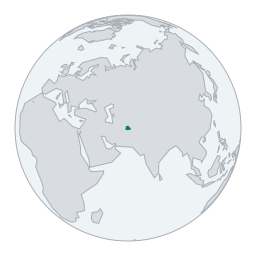 Badghis highlighted on a globe, orthographic projection
{"feature_id": "AFG-1741", "entity_name": "Badghis", "entity_type": "Province", "adm_level": 1, "iso_a3": "AFG", "parent_name": "Afghanistan", "parent_adm1": "", "projection": "orthographic", "projection_center": [63.837, 35.271], "detail": "fine", "context": "on_globe", "style": "filled", "palette": "teal", "viewbox_px": 256, "rotation_deg": 0, "n_neighbors": 0, "source": "natural_earth", "source_scale": "10m", "svg_char_len": 11009}
<svg xmlns="http://www.w3.org/2000/svg" viewBox="0 0 256 256"><circle cx="128" cy="128" r="113" fill="#eef3f6" stroke="#a8b0b8"/><path d="M143.8,16.5L146.3,17.2L156.2,20.5L161.6,21.9L158.6,21.6L170.4,24.8L177.2,28.2L168.1,24.3L166.1,23.9L170.0,25.9L168.8,25.9L170.0,27.0L168.2,27.0L163.0,25.0L161.7,25.1L164.6,26.6L164.5,27.7L160.5,25.5L160.1,27.3L151.3,25.0L142.1,20.2L135.8,20.1L122.5,18.3L122.3,18.9L117.1,19.0L115.0,19.9L113.1,19.6L113.0,20.6L115.1,20.7L115.7,21.2L114.6,21.8L112.1,21.4L112.3,21.1L110.9,21.3L110.1,20.9L109.9,21.5L107.0,21.1L108.3,22.4L104.5,22.9L103.0,22.5L105.3,21.3L107.5,18.3L106.7,18.0L103.2,18.5L92.1,21.7L90.3,22.1L86.3,23.5L89.4,22.7L88.4,23.7L92.4,22.7L92.5,23.0L95.7,22.8L92.9,24.2L88.4,25.9L85.6,26.3L83.6,27.1L84.3,28.1L77.3,30.5L69.4,35.1L67.9,35.7L68.2,34.1L73.0,30.4L73.4,29.5L70.8,31.7L66.9,33.7L65.2,34.8L64.1,35.8L64.6,35.7L62.8,36.9L64.7,34.8L66.4,33.7L65.8,34.3L68.0,32.7L68.7,32.2L76.3,27.9L84.2,24.2L92.3,21.2L100.6,18.7L109.2,16.9L117.8,15.8L126.5,15.4L135.1,15.6L143.8,16.5ZM147.3,17.0L147.5,17.1L145.7,16.8L145.8,16.8L147.3,17.0ZM165.7,23.1L163.5,22.2L166.1,23.1L165.7,23.1ZM170.5,27.2L171.5,27.5L171.7,28.0L170.5,27.2ZM97.1,22.0L96.4,22.4L96.2,22.2L97.1,22.0ZM99.1,21.7L99.3,21.2L100.3,21.0L100.1,21.3L99.1,21.7ZM169.1,28.4L169.0,29.3L168.2,28.1L169.1,28.4ZM98.6,22.3L102.0,20.7L103.7,20.3L104.7,21.1L98.6,22.3ZM168.4,29.5L168.5,31.8L170.8,32.5L164.3,31.9L166.4,30.0L165.0,28.3L167.0,29.4L168.4,29.5ZM116.2,20.5L113.9,20.4L116.8,20.0L116.2,20.5ZM117.9,20.1L126.0,18.6L128.8,19.3L125.5,19.6L130.0,20.2L127.5,21.2L124.4,21.1L123.1,20.4L123.1,21.4L117.9,20.1ZM160.7,31.3L159.9,31.6L159.8,30.9L160.7,31.3ZM116.2,21.4L117.6,21.0L120.1,21.5L117.9,22.5L117.8,22.0L116.2,21.4ZM132.4,20.0L133.9,20.7L132.3,21.6L132.6,22.1L127.6,21.3L132.4,20.0ZM116.6,22.2L116.6,23.0L114.4,23.4L115.0,21.9L116.6,22.2ZM121.8,21.2L122.9,21.6L121.5,21.7L121.8,21.2ZM106.7,25.4L108.2,24.7L109.7,24.8L106.7,25.4ZM116.8,23.3L117.5,23.2L118.3,23.2L117.9,23.9L116.8,23.3ZM126.8,22.2L125.8,22.5L128.8,22.5L127.7,23.4L124.5,22.8L125.4,23.4L125.1,23.7L122.9,22.9L126.8,22.2ZM119.7,24.7L115.3,24.5L112.0,25.7L110.6,25.6L116.1,23.7L119.7,24.7ZM121.7,23.7L120.1,24.3L119.2,23.7L119.7,23.0L121.7,23.7ZM128.0,24.2L130.6,23.0L131.1,23.2L128.0,24.2ZM118.9,25.1L120.0,25.2L118.8,25.3L118.9,25.1ZM125.4,24.6L126.2,24.1L126.9,24.3L125.4,24.6ZM121.5,25.8L120.0,25.7L120.3,25.1L121.5,25.8ZM123.4,25.3L124.1,25.8L121.3,25.0L123.7,25.1L123.4,25.3ZM125.9,24.9L126.6,24.9L125.5,25.1L125.9,24.9ZM121.1,28.1L117.5,27.2L118.1,26.0L121.6,26.9L121.1,28.1ZM19.7,133.1L20.3,114.0L22.6,110.2L24.8,103.4L42.2,92.5L43.9,96.7L55.3,102.4L56.3,104.3L52.7,109.0L59.5,121.5L64.3,118.5L72.7,126.6L79.6,128.9L86.0,119.3L74.6,115.2L74.9,109.3L85.8,108.2L96.0,112.1L96.4,109.9L91.8,103.4L96.0,100.6L90.4,100.9L91.3,103.6L87.8,104.0L86.8,101.6L88.3,100.6L85.7,98.7L79.1,104.4L79.2,107.8L71.4,105.9L70.9,111.4L68.1,112.7L67.8,104.0L69.3,101.5L67.2,90.9L64.9,93.3L66.8,103.6L65.3,102.1L62.3,105.9L63.5,101.9L62.1,90.4L56.2,88.4L45.5,94.3L42.7,92.7L41.9,88.3L49.2,79.0L54.5,83.7L57.1,80.9L58.8,74.7L60.3,76.8L61.7,75.0L63.9,76.7L69.9,74.5L72.7,75.8L77.7,70.9L79.8,71.0L76.2,73.8L75.2,76.6L82.3,80.3L84.5,79.8L87.2,76.4L88.8,78.1L90.5,74.4L95.9,75.0L90.8,71.2L93.8,67.6L98.5,66.0L98.6,64.3L90.9,66.9L88.7,68.7L88.2,71.2L81.3,76.0L78.3,75.7L82.0,68.4L78.1,67.4L82.7,62.6L100.7,57.6L106.8,58.0L111.3,66.1L108.3,67.9L105.2,65.8L105.6,71.0L106.8,69.0L108.1,70.5L111.3,67.8L112.5,68.8L113.7,64.7L115.4,65.6L114.6,68.1L120.9,65.3L125.2,66.6L126.1,65.5L125.8,64.0L131.4,66.9L131.8,66.0L130.1,64.7L129.8,62.2L131.5,58.9L133.4,60.0L133.0,61.4L135.1,66.1L133.9,69.7L134.8,69.9L136.3,67.0L133.8,61.2L134.2,59.0L135.9,61.5L135.3,60.4L136.1,59.6L138.7,60.1L137.1,57.3L143.6,48.7L149.2,49.0L149.9,51.9L156.4,48.1L162.2,49.4L160.7,48.1L162.7,45.8L160.9,45.3L160.3,44.6L164.8,39.2L167.3,39.1L167.4,35.9L166.6,35.3L164.7,35.2L164.3,31.9L170.8,32.5L172.3,33.8L175.3,33.6L178.3,36.6L182.2,39.2L183.7,43.0L186.7,44.9L187.5,44.7L192.2,47.4L198.8,54.4L189.7,49.8L179.0,40.9L183.1,44.4L181.0,44.0L181.8,45.7L184.7,48.3L185.8,48.3L184.8,55.9L189.6,65.0L192.0,62.6L195.4,63.9L202.9,73.6L205.6,91.3L210.2,94.4L211.7,97.4L210.6,100.7L208.3,96.4L205.4,96.2L204.3,93.4L201.7,97.7L200.0,93.9L198.8,99.3L201.3,101.6L204.3,99.0L204.0,105.7L209.3,109.0L212.0,115.0L209.9,129.3L204.6,135.8L204.7,137.9L201.6,136.9L199.0,142.4L206.1,151.0L206.5,154.2L201.5,162.5L201.1,160.3L192.8,157.7L192.4,165.6L198.7,169.4L201.0,175.5L196.6,175.1L194.2,169.8L191.2,168.6L191.2,162.0L187.2,153.2L182.7,156.5L182.3,152.5L176.1,145.6L169.2,150.0L158.7,162.8L158.6,173.0L154.4,177.8L146.2,164.3L144.0,154.4L140.2,155.6L132.5,147.2L116.6,146.3L115.2,143.4L112.0,144.5L106.8,141.2L104.9,136.5L101.3,136.2L106.5,148.7L110.5,148.9L114.9,144.9L115.5,149.1L120.7,153.1L112.0,162.2L89.8,167.4L89.0,159.5L79.5,134.8L80.6,132.6L80.6,132.3L80.6,131.7L78.2,135.3L77.1,130.4L80.6,147.3L80.6,153.9L89.4,167.8L88.3,168.7L91.5,171.7L103.7,170.9L103.5,173.4L96.9,183.6L81.2,194.4L84.1,203.8L84.4,210.7L76.5,212.6L79.1,217.8L75.3,218.0L76.4,220.5L74.4,221.8L70.4,221.8L61.5,217.4L59.5,215.0L52.7,208.2L42.7,192.6L43.4,187.9L41.9,182.5L35.7,167.0L37.0,161.2L35.7,157.2L32.8,155.6L31.5,150.8L29.9,149.2L21.3,141.3L19.7,133.1ZM33.9,100.8L32.9,102.6L33.9,100.8ZM105.4,121.8L112.6,123.4L111.9,116.1L114.5,116.2L113.3,113.8L111.8,115.6L109.2,109.1L113.1,107.7L113.6,104.6L111.2,103.9L104.3,107.7L108.0,116.8L105.3,119.3L105.4,121.8ZM66.8,33.8L66.5,34.0L65.1,35.1L65.2,34.9L66.8,33.8ZM61.9,39.1L59.1,40.9L61.2,39.3L60.8,39.2L64.9,35.9L67.3,35.9L65.5,36.4L61.9,39.1ZM70.9,31.8L68.1,33.7L71.1,31.7L70.9,31.8ZM67.0,64.4L66.8,66.3L64.6,67.8L61.1,66.9L64.3,64.6L67.0,64.4ZM67.1,68.7L71.8,62.2L74.1,62.8L72.0,63.5L73.1,64.5L70.0,66.0L67.7,73.2L65.6,75.1L60.4,71.9L63.2,71.8L63.2,69.8L67.1,68.7ZM79.5,47.2L81.5,45.1L83.9,48.9L81.8,50.5L78.2,49.5L78.6,47.1L79.5,47.2ZM99.7,24.2L100.3,23.7L101.0,23.7L101.1,24.2L99.7,24.2ZM107.3,25.0L97.7,26.9L97.9,26.3L92.1,28.5L90.4,27.8L94.2,26.3L88.5,27.6L91.3,26.0L87.4,27.2L96.2,24.0L98.5,22.8L96.6,24.3L98.1,25.0L99.4,24.9L104.9,23.9L110.6,22.0L113.0,22.6L113.1,23.5L112.1,24.0L110.9,23.4L110.4,24.6L107.9,24.2L107.3,25.0ZM113.8,37.5L112.8,36.0L111.4,39.5L108.9,38.6L108.9,39.0L106.2,39.2L102.9,40.4L102.0,39.7L101.1,40.5L99.3,40.7L97.7,41.6L95.7,40.8L93.6,41.8L93.8,40.8L90.8,42.9L92.1,41.0L89.9,41.4L89.8,43.0L82.5,38.0L78.5,37.7L74.4,38.7L77.2,35.8L82.8,33.2L89.4,31.5L92.9,32.3L93.5,31.0L95.4,31.0L94.1,32.1L97.2,30.6L98.4,30.9L104.2,30.2L107.9,28.2L110.2,28.0L109.3,29.0L112.1,28.2L112.0,30.0L113.6,30.0L115.1,31.9L112.5,34.0L114.5,33.9L115.7,35.5L113.8,37.5ZM121.4,28.6L118.9,31.1L116.3,31.9L114.8,28.3L113.4,28.1L112.3,26.1L116.2,25.0L116.1,25.6L117.0,26.0L115.4,26.2L117.3,26.4L117.3,27.3L118.7,27.8L117.5,28.4L121.4,28.6ZM58.9,103.2L59.9,104.2L61.9,105.1L60.0,107.6L58.9,103.2ZM57.7,95.4L58.9,95.7L57.2,99.4L56.1,98.5L57.7,95.4ZM61.0,92.9L59.1,95.5L59.5,93.6L61.0,92.9ZM77.5,74.0L78.9,74.3L78.5,75.2L77.0,76.1L77.5,74.0ZM109.3,48.6L109.1,47.4L109.9,47.2L111.8,44.5L113.8,45.1L113.5,47.0L109.3,48.6ZM83.3,120.5L80.4,121.8L79.7,120.4L80.9,120.3L83.3,120.5ZM69.0,114.7L71.6,117.4L68.5,115.4L69.0,114.7ZM111.8,48.9L112.4,47.6L113.0,48.7L111.8,48.9ZM115.4,45.4L116.4,46.5L114.3,44.9L115.4,45.4ZM134.6,239.8L136.2,239.9L134.2,240.1L134.6,239.8ZM102.9,213.2L98.6,223.3L93.4,222.3L91.3,219.0L92.1,212.6L97.7,211.6L100.2,208.7L102.9,213.2ZM219.1,179.9L221.0,178.9L220.8,179.3L219.1,179.9ZM217.3,180.0L219.5,178.5L216.7,181.2L217.3,180.0ZM220.4,177.9L222.7,175.5L223.7,174.0L223.4,175.0L220.4,177.9ZM215.7,181.1L206.1,186.4L202.1,187.3L203.3,185.4L209.8,182.5L215.7,181.1ZM203.0,185.5L196.6,184.0L186.5,174.4L190.2,173.5L200.4,177.7L199.8,179.3L203.7,181.0L203.0,185.5ZM217.6,169.8L216.9,174.1L211.9,176.8L209.4,177.5L207.8,173.2L208.7,170.1L210.8,169.1L217.6,155.5L220.2,156.2L218.4,161.5L220.4,163.7L217.6,169.8ZM159.2,173.8L162.2,179.2L159.8,180.5L159.2,173.8ZM219.6,147.0L217.4,153.0L219.2,145.8L219.6,147.0ZM220.2,140.8L220.8,142.8L219.3,141.5L220.2,140.8ZM205.4,141.0L203.3,142.6L202.9,141.1L205.3,138.1L205.4,141.0ZM214.0,120.2L215.4,124.7L215.5,126.5L213.9,124.4L214.0,120.2ZM130.0,54.1L125.2,57.0L123.0,59.8L123.9,62.5L120.5,60.1L123.9,55.7L130.0,54.1ZM141.7,49.1L140.9,47.1L142.6,47.3L143.0,47.9L141.7,49.1ZM140.3,48.3L136.7,47.0L137.1,45.5L139.8,46.8L140.3,48.3ZM124.1,47.5L122.5,48.3L122.0,47.3L124.1,47.5ZM211.9,203.1L202.8,212.0L200.6,213.4L203.1,210.9L204.9,206.4L205.8,205.9L207.6,201.9L217.0,192.3L224.3,180.4L227.2,177.5L230.8,169.1L233.2,165.9L231.3,171.6L232.3,170.6L236.5,157.6L235.8,160.7L233.1,168.4L229.9,175.9L226.2,183.2L221.9,190.2L217.2,196.8L211.9,203.1ZM223.6,176.7L226.5,171.6L227.7,170.1L223.6,176.7ZM238.3,150.7L238.2,150.4L237.0,155.4L235.0,159.4L235.8,156.6L235.8,154.4L233.0,157.7L232.4,156.7L233.7,153.9L231.4,155.2L233.9,151.3L234.7,153.9L236.0,149.1L237.7,146.6L238.9,144.6L239.4,144.7L239.1,146.5L239.0,147.1L238.3,150.7ZM233.4,159.7L233.8,159.1L233.3,160.7L233.4,159.7ZM239.7,142.7L239.6,143.4L240.1,139.2L239.7,142.7ZM240.3,136.3L240.3,136.0L240.4,135.4L240.3,136.3ZM228.4,162.3L228.2,163.5L227.4,163.4L228.4,162.3ZM229.4,160.7L231.4,159.5L229.1,161.8L229.4,160.7ZM221.8,163.7L222.5,165.6L225.1,162.0L223.1,165.8L224.6,168.6L223.9,170.6L222.5,167.5L221.6,172.5L220.5,173.3L220.1,169.8L221.4,164.1L222.5,161.3L226.9,156.8L221.8,163.7ZM229.5,157.7L228.8,155.3L229.2,152.9L229.9,153.8L229.5,157.7ZM226.6,149.9L224.4,147.9L222.9,150.6L225.6,142.9L227.3,146.1L226.6,149.9ZM224.1,143.4L222.7,145.9L223.9,141.8L224.1,143.4ZM222.1,145.1L221.5,142.7L222.9,142.1L222.1,145.1ZM224.9,142.9L224.5,138.4L225.6,140.4L224.9,142.9ZM219.9,137.6L223.5,139.6L219.5,140.6L217.5,132.5L219.0,131.2L219.9,137.6ZM216.6,97.8L215.2,95.7L216.0,94.1L216.8,95.9L216.6,97.8ZM217.5,87.6L215.8,93.0L214.2,97.7L215.5,98.0L216.7,102.5L213.7,100.0L213.6,93.9L215.1,91.1L213.6,87.5L213.7,83.8L211.0,80.1L210.5,77.7L213.4,80.3L217.5,87.6ZM209.8,78.7L205.2,71.7L207.6,70.6L209.2,71.8L210.3,75.4L208.9,75.8L209.8,78.7ZM204.8,69.8L203.4,70.2L193.8,62.4L192.4,60.6L201.0,65.4L200.2,66.1L202.1,68.3L204.8,69.8ZM161.1,32.1L160.1,31.7L161.2,31.7L161.1,32.1ZM159.3,44.4L158.7,43.4L160.0,43.3L159.3,44.4ZM157.7,40.6L156.6,41.3L157.0,40.0L157.7,40.6ZM154.2,43.2L155.8,41.4L155.4,43.9L154.2,43.2Z" fill="#d9dde1" stroke="#a8b0b8" stroke-width="1"/><path d="M127.2,126.8L127.4,126.8L127.5,126.8L127.5,126.7L127.8,126.6L128.0,126.5L128.2,126.8L128.1,127.0L128.2,127.3L128.3,127.3L128.3,127.5L128.6,127.6L128.8,127.7L128.9,127.8L128.9,128.0L129.1,128.1L129.3,128.1L129.5,128.2L129.7,128.3L129.8,128.4L129.9,128.5L130.0,128.6L129.9,128.7L129.9,128.8L129.9,129.0L129.5,129.1L129.4,129.1L129.1,129.1L128.9,129.2L128.6,129.2L128.5,129.3L128.4,129.3L127.9,129.5L127.8,129.4L127.7,129.4L127.4,129.4L127.2,129.2L127.0,129.3L126.9,129.3L126.8,129.2L126.7,129.2L126.4,129.0L126.3,128.9L126.2,128.9L126.1,128.7L126.1,128.4L126.3,128.1L126.4,127.9L126.5,127.8L126.6,127.7L126.8,127.7L126.8,127.4L127.0,127.2L126.9,127.1L126.8,126.9L127.2,126.8Z" fill="#14b8a6" stroke="#0f766e" stroke-width="1.5"/></svg>